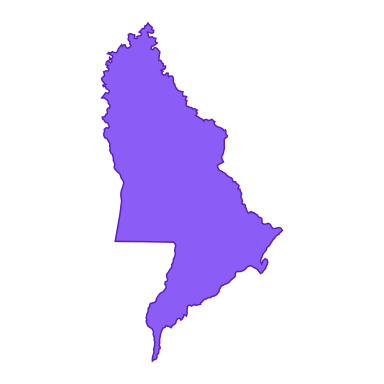 the district of Sengés, Paraná, Brazil
{"feature_id": "56859067B25271231685187", "entity_name": "Sengés", "entity_type": "district", "adm_level": 2, "iso_a3": "BRA", "parent_name": "Brazil", "parent_adm1": "Paraná", "projection": "robinson", "projection_center": [-49.46, -24.265], "detail": "fine", "context": "isolated", "style": "filled", "palette": "violet", "viewbox_px": 384, "rotation_deg": 0, "n_neighbors": 0, "source": "geoboundaries", "source_scale": "gbopen_adm2", "svg_char_len": 5907}
<svg xmlns="http://www.w3.org/2000/svg" viewBox="0 0 384 384"><path d="M260.8,259.7L262.3,256.1L262.8,254.3L266.3,249.9L266.9,247.8L269.6,245.3L270.7,243.4L273.0,239.7L274.3,238.5L276.0,236.0L277.5,235.0L278.9,234.4L279.9,232.6L281.1,231.9L282.4,230.3L280.6,228.0L278.9,227.5L277.6,227.9L274.0,228.6L272.6,228.4L270.7,225.2L269.9,224.1L267.7,223.3L265.9,224.1L263.9,224.2L262.2,223.2L262.0,221.7L261.7,218.3L260.5,217.6L258.5,217.0L257.2,214.9L255.1,213.7L253.9,212.6L252.4,212.8L251.6,211.6L250.1,212.0L249.2,213.1L248.0,212.5L246.7,210.4L246.1,208.2L245.2,207.1L245.4,205.4L244.3,204.2L242.7,204.3L241.9,202.8L242.5,201.2L241.9,199.1L240.7,196.8L241.4,194.9L241.6,193.4L240.5,191.5L239.9,189.1L238.1,189.1L238.6,187.3L239.0,185.6L237.5,184.2L236.2,183.2L235.7,181.9L234.1,181.7L232.9,181.6L232.6,179.6L231.7,178.1L228.8,176.8L227.6,175.8L226.5,175.0L225.6,173.7L222.0,171.6L219.9,170.5L218.8,169.5L217.7,167.4L217.5,165.4L219.0,164.4L223.5,162.0L222.5,160.0L221.8,158.2L221.7,156.4L222.9,154.4L224.4,148.2L224.3,145.4L224.3,142.7L224.3,139.6L225.0,138.1L226.9,137.3L227.4,135.8L225.7,133.7L225.9,131.3L225.5,129.9L223.9,130.6L223.1,129.3L221.3,128.1L220.0,127.7L218.9,127.1L217.5,126.8L215.1,125.2L213.9,123.0L214.9,121.8L213.5,120.8L211.9,119.3L209.0,120.6L206.0,119.4L204.5,119.9L203.9,121.2L202.5,119.5L199.2,117.6L198.0,116.6L195.7,115.8L197.3,113.3L196.1,111.2L197.3,110.2L194.9,108.8L192.8,109.0L191.6,107.5L190.4,107.8L188.6,106.6L186.8,106.3L186.1,105.2L186.3,102.4L187.0,100.9L185.4,100.1L185.8,98.7L186.6,96.6L184.7,96.2L183.0,96.2L182.5,93.9L183.0,91.7L180.6,91.4L178.1,90.5L176.8,88.9L175.2,86.6L174.8,84.5L173.4,82.4L173.4,80.9L173.5,79.0L172.8,76.7L171.6,76.0L169.9,76.0L168.6,76.7L168.0,75.1L168.3,73.3L166.4,73.0L165.5,74.8L164.0,74.9L162.7,74.7L161.7,72.8L163.1,71.2L160.9,70.5L162.3,69.4L164.5,69.2L165.5,67.7L165.5,66.1L163.3,66.1L163.2,63.6L161.7,62.5L160.7,60.3L158.8,60.4L159.1,57.3L159.3,55.1L159.9,52.1L158.4,50.2L157.3,48.6L155.7,47.7L154.3,47.8L153.1,49.6L150.7,48.9L151.4,47.3L151.9,46.1L153.4,46.0L154.9,44.9L157.3,43.0L155.8,42.3L155.2,41.0L155.9,38.3L153.5,38.0L152.2,36.7L149.0,37.4L148.0,34.1L147.4,32.1L149.5,32.5L152.0,33.2L153.4,32.7L153.8,30.5L151.4,29.3L152.4,27.5L150.1,25.6L148.8,24.2L147.9,23.0L146.5,25.5L144.8,26.0L144.6,28.4L142.3,28.5L141.6,29.7L139.1,32.1L140.6,32.8L141.6,33.8L140.7,35.8L138.7,36.0L137.0,36.5L137.0,38.5L134.4,38.3L134.8,36.3L134.6,34.7L133.3,35.0L131.9,34.1L129.9,33.6L128.2,34.8L128.9,36.4L128.1,38.9L128.5,40.4L130.2,42.0L129.7,43.9L131.0,45.5L129.8,47.2L127.2,48.3L125.6,46.5L125.0,44.8L123.8,44.8L122.5,46.3L121.7,44.6L120.4,46.3L118.5,48.6L117.5,51.1L116.8,52.4L115.6,52.8L113.8,52.4L112.4,51.6L110.8,53.0L108.8,52.4L107.6,53.7L109.2,54.0L111.0,55.0L112.5,55.8L112.7,57.2L111.1,59.4L111.8,60.8L111.5,62.1L109.9,62.7L109.0,61.3L107.8,60.7L106.4,62.3L105.9,64.8L108.4,65.6L106.9,67.2L108.9,68.9L108.2,70.8L105.6,71.0L103.6,71.9L104.2,73.5L104.5,75.9L102.5,77.3L101.6,78.5L101.9,80.0L103.6,82.5L105.6,84.4L103.9,84.7L102.8,85.3L103.6,86.7L105.4,86.4L106.3,88.8L108.4,89.8L109.4,90.8L109.2,92.4L107.9,93.4L105.6,92.7L104.3,94.7L101.7,97.9L102.9,98.0L104.4,97.9L106.0,99.2L107.0,99.9L107.9,100.9L108.4,103.4L110.0,105.4L109.6,107.7L108.1,108.1L107.0,109.8L107.2,111.6L107.5,113.5L106.0,114.4L104.7,116.8L102.2,117.1L102.6,119.0L103.9,119.9L104.9,121.6L106.0,122.6L107.7,122.6L109.2,126.5L108.3,128.3L106.3,127.6L104.2,129.4L104.6,131.2L104.1,132.5L103.6,134.3L104.0,136.0L104.9,137.8L106.2,138.3L107.5,139.2L108.1,140.7L109.7,143.2L109.8,146.7L110.2,148.3L109.8,150.6L111.1,153.4L112.3,154.1L112.9,156.4L113.5,158.7L113.2,160.1L114.1,162.0L114.9,164.7L114.3,166.4L114.2,167.8L115.4,169.7L116.3,170.6L117.3,171.8L119.1,173.2L120.1,174.3L121.2,178.0L122.4,179.7L123.8,182.3L122.8,186.9L122.0,188.8L121.4,190.7L120.9,193.0L120.9,196.3L121.3,198.4L121.6,201.2L120.0,214.0L115.2,241.4L141.1,241.6L142.4,241.6L173.8,242.2L175.0,243.7L175.7,245.7L175.1,248.4L174.7,251.0L175.2,252.6L175.3,254.1L174.8,256.2L174.1,257.9L173.3,259.5L173.3,261.1L173.0,262.7L171.7,264.4L171.9,266.6L171.2,267.9L170.4,269.0L169.5,270.2L168.2,272.4L166.6,274.4L166.9,277.4L167.7,279.7L167.0,281.2L165.2,281.8L164.9,284.4L166.0,285.3L166.1,287.6L165.1,289.2L163.9,290.9L162.5,292.2L161.3,292.6L159.6,294.0L158.3,295.8L157.2,297.4L156.4,299.0L156.0,301.2L154.0,302.8L152.3,302.9L150.4,303.5L149.6,305.3L149.4,307.0L148.2,308.3L148.2,310.4L147.8,312.3L147.0,313.6L146.5,316.1L146.2,318.3L147.0,320.1L146.1,321.1L146.7,323.4L148.1,326.2L149.8,327.4L152.0,328.7L153.5,331.4L153.2,333.9L153.7,336.4L154.6,337.9L154.1,339.7L154.9,341.9L154.7,343.6L154.5,346.1L153.6,349.6L154.0,351.6L153.7,353.4L152.8,356.0L152.5,357.7L152.3,359.4L152.4,361.0L154.2,359.6L155.9,359.2L156.9,357.9L157.0,356.3L157.2,354.3L158.4,353.6L158.8,351.6L158.8,349.5L160.2,348.4L159.9,346.7L159.0,344.9L159.7,343.0L159.5,340.1L160.6,334.0L161.3,331.6L162.3,329.6L162.8,328.2L165.0,327.4L166.2,325.6L168.0,326.4L169.4,326.6L171.1,327.7L172.5,325.5L174.1,324.6L175.5,323.5L176.6,320.2L177.4,318.8L179.8,318.3L180.9,320.1L182.1,319.2L183.7,316.6L183.9,314.8L185.4,315.0L186.4,316.0L187.1,313.3L187.0,310.4L187.3,307.5L187.6,305.9L189.9,305.1L191.3,306.1L194.6,304.5L195.8,305.3L198.0,304.8L200.6,304.3L200.8,302.7L202.2,301.7L204.0,299.7L205.8,299.2L207.0,298.2L208.4,297.7L210.2,297.7L213.1,296.0L214.4,296.1L215.4,295.1L216.6,294.8L217.8,293.0L218.8,292.1L219.5,289.5L221.2,286.2L224.7,284.3L226.7,283.7L229.1,282.2L230.2,280.8L234.8,276.9L235.3,275.6L235.3,273.9L235.9,272.1L237.5,271.5L239.5,271.6L241.1,271.4L243.1,270.6L244.3,269.9L246.2,268.2L247.3,266.8L249.4,266.0L251.2,265.6L252.3,266.6L256.7,269.0L257.7,269.7L258.5,270.8L259.5,272.2L260.6,273.5L262.3,272.6L263.4,270.9L265.8,268.1L265.9,266.7L267.2,264.5L267.8,262.3L267.1,259.8L265.2,258.7L262.9,260.7L261.8,264.1L260.5,261.6L260.8,259.7ZM111.1,59.4L109.7,57.5L109.4,60.0L111.1,59.4Z" fill="#8b5cf6" stroke="#5b21b6" stroke-width="1.5"/></svg>